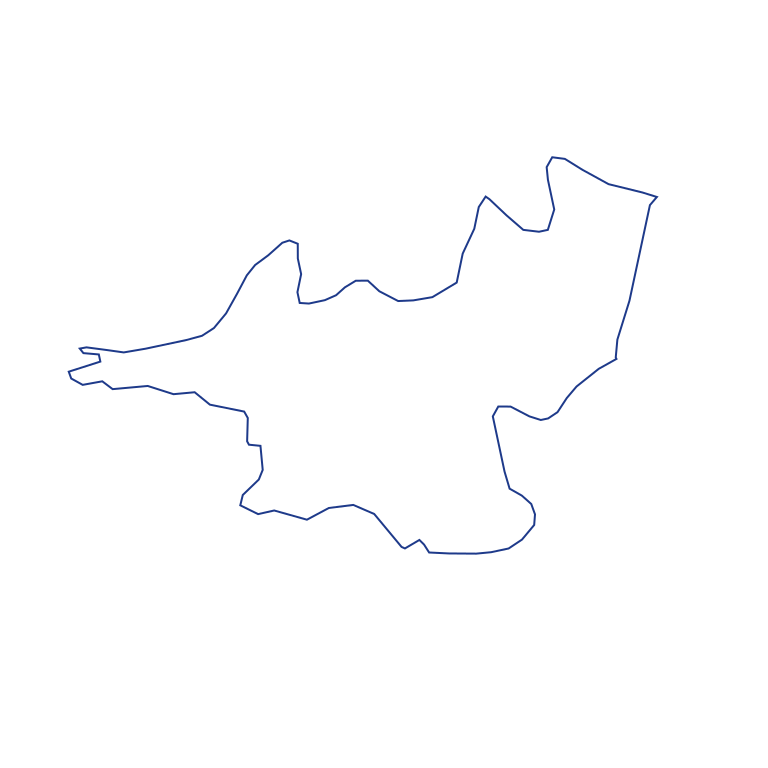 the Unitary District of East Ayrshire, rotated 78°
{"feature_id": "GBR-2001", "entity_name": "East Ayrshire", "entity_type": "Unitary District", "adm_level": 1, "iso_a3": "GBR", "parent_name": "United Kingdom", "parent_adm1": "", "projection": "mercator", "projection_center": [-4.337, 55.451], "detail": "fine", "context": "isolated", "style": "outline", "palette": "blue", "viewbox_px": 768, "rotation_deg": 78, "n_neighbors": 0, "source": "natural_earth", "source_scale": "10m", "svg_char_len": 1506}
<svg xmlns="http://www.w3.org/2000/svg" viewBox="0 0 768 768"><g transform="rotate(78 384 384)"><path d="M276.2,449.6L287.2,449.6L289.7,440.7L289.7,424.4L287.2,412.4L281.3,402.1L277.1,390.1L279.6,378.3L292.3,369.3L305.8,352.9L308.3,338.0L309.1,318.6L299.9,291.8L272.8,279.9L250.9,263.4L230.6,254.5L221.8,245.6L225.1,242.5L244.5,229.1L262.2,215.7L267.3,200.7L267.3,191.7L248.7,181.2L235.2,181.2L218.3,181.2L205.7,179.8L197.2,172.3L201.4,160.3L215.8,145.3L235.2,122.8L250.4,91.4L257.8,78.2L264.3,86.7L353.6,126.6L389.1,146.5L406.2,151.8L407.8,151.4L413.8,170.8L426.5,196.2L435.7,208.1L447.6,220.1L451.8,230.6L451.8,238.1L445.9,248.5L432.4,264.9L429.8,276.9L438.3,284.3L449.2,284.3L463.6,284.3L494.8,284.3L512.5,282.9L521.8,272.4L532.0,264.9L542.9,263.4L553.1,266.4L564.9,281.4L570.8,296.3L570.8,314.2L569.1,329.1L563.2,355.9L558.2,374.9L549.4,378.2L543.9,381.8L549.2,397.7L547.0,400.7L509.1,420.6L495.9,439.2L493.8,463.7L500.7,487.6L484.9,517.7L485.1,534.2L472.8,549.8L463.2,545.2L451.4,526.3L442.8,520.5L418.8,517.7L415.3,528.7L411.6,529.8L388.9,524.3L381.9,526.5L368.0,558.6L352.7,570.9L350.2,592.0L336.8,615.5L332.6,650.5L322.8,659.0L322.2,678.9L313.6,688.8L306.4,689.8L303.1,656.8L295.8,656.8L291.3,671.6L286.1,674.2L286.3,667.4L293.1,648.2L299.0,632.0L299.9,609.8L299.9,592.0L299.9,568.3L299.0,552.0L293.9,538.7L282.1,523.8L265.2,509.0L249.2,495.6L240.8,485.3L234.0,470.4L224.7,454.1L223.9,446.7L228.9,439.2L243.3,442.2L259.3,442.2L276.2,449.6Z" fill="none" stroke="#1e3a8a" stroke-width="2"/></g></svg>